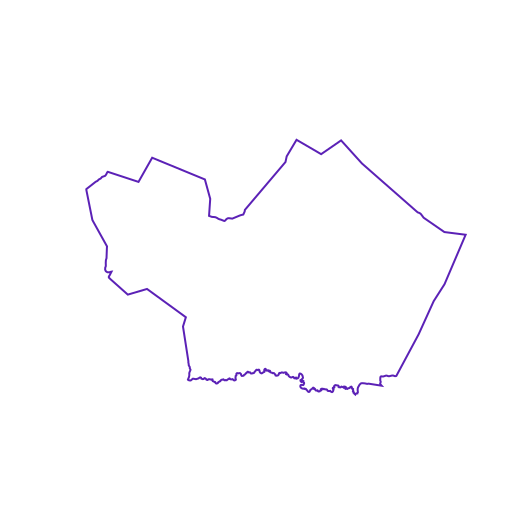 Funhalouro, Inhambane, Mozambique, rotated 296°
{"feature_id": "85939544B45831091528789", "entity_name": "Funhalouro", "entity_type": "district", "adm_level": 2, "iso_a3": "MOZ", "parent_name": "Mozambique", "parent_adm1": "Inhambane", "projection": "orthographic", "projection_center": [33.954, -22.935], "detail": "fine", "context": "isolated", "style": "outline", "palette": "violet", "viewbox_px": 512, "rotation_deg": 296, "n_neighbors": 0, "source": "geoboundaries", "source_scale": "gbopen_adm2", "svg_char_len": 6089}
<svg xmlns="http://www.w3.org/2000/svg" viewBox="0 0 512 512"><g transform="rotate(296 256 256)"><path d="M178.2,407.3L180.1,406.1L181.6,405.5L182.6,405.3L185.8,405.5L187.4,406.1L188.0,406.8L188.5,407.8L189.2,409.6L189.8,412.0L190.6,413.1L194.5,425.8L195.1,424.4L195.4,423.8L195.8,423.5L197.5,423.3L198.8,422.1L199.8,421.7L200.8,421.2L201.8,420.9L202.4,421.0L202.8,421.4L203.0,422.2L203.6,423.3L205.5,425.3L205.8,426.0L206.0,427.6L206.4,428.5L208.3,430.8L208.7,431.7L208.9,433.5L209.4,434.4L209.8,434.7L256.9,436.5L293.3,435.5L313.3,437.8L367.0,435.1L360.1,414.8L363.9,389.9L365.9,386.0L366.2,385.1L366.3,383.7L366.1,382.6L366.3,381.4L385.6,310.7L397.2,281.8L376.1,269.9L378.2,241.5L359.0,239.9L353.4,241.3L292.6,225.8L291.0,226.3L287.7,226.4L286.2,224.6L285.2,223.6L279.2,218.3L278.1,215.0L277.4,214.0L276.1,213.2L274.4,212.8L273.6,212.2L273.5,211.5L273.3,208.6L273.0,207.1L272.9,205.9L273.1,204.7L273.1,202.7L272.7,201.4L271.8,199.2L271.5,196.2L287.3,189.8L302.4,176.5L298.8,119.6L271.1,117.9L266.7,85.9L266.0,85.6L263.6,85.6L262.0,85.3L261.0,84.4L260.6,84.0L259.6,83.0L257.5,82.4L255.9,81.2L254.1,80.6L253.6,80.3L253.2,79.9L252.3,79.3L241.8,74.2L241.2,74.4L216.7,93.1L215.8,94.3L199.3,117.9L198.0,118.4L188.5,122.6L186.5,122.9L184.1,123.9L181.8,125.1L180.8,125.5L179.4,125.6L177.6,126.4L176.8,127.3L176.5,127.7L176.3,128.9L176.3,129.7L177.0,131.2L178.4,132.7L178.6,133.0L174.1,132.9L173.2,132.7L172.1,133.2L171.3,135.6L165.1,157.7L178.6,172.5L170.2,219.8L160.6,221.3L131.7,241.4L130.9,241.7L129.2,243.0L128.5,243.3L128.1,243.7L127.1,245.2L125.9,245.8L125.2,246.9L124.6,247.1L122.3,247.2L121.4,247.4L119.7,248.3L118.0,248.8L115.1,249.0L114.8,249.6L115.1,251.0L115.5,251.8L115.7,252.0L117.6,252.8L118.1,253.1L119.0,256.1L120.8,258.0L122.0,258.6L122.5,259.2L122.5,260.0L121.8,260.7L122.0,262.2L122.6,262.9L123.6,263.2L123.8,263.9L123.6,264.9L123.1,265.7L123.2,266.6L123.4,266.9L124.2,267.1L124.8,268.0L124.9,268.6L125.2,269.4L125.2,269.9L125.4,270.4L125.9,270.6L126.0,271.0L125.6,271.3L125.0,271.4L124.6,272.0L124.7,273.0L124.5,274.1L124.8,274.4L124.8,274.6L124.0,275.7L124.0,276.2L124.2,276.7L125.1,277.4L125.6,277.3L126.3,277.6L126.8,278.0L127.4,278.3L127.8,278.8L128.5,278.8L129.4,279.1L130.1,279.8L130.3,280.4L130.8,280.7L130.8,281.0L130.5,282.0L130.6,282.5L131.3,283.2L131.3,283.4L131.2,283.6L131.5,284.2L132.7,284.7L133.5,285.4L134.3,285.7L134.4,285.9L134.4,286.1L134.0,286.6L134.1,287.5L134.3,288.0L135.0,288.8L135.0,289.2L134.6,290.2L134.6,290.8L134.7,291.2L135.3,291.8L136.0,292.1L136.6,291.5L137.0,291.4L137.3,291.0L138.4,290.7L139.1,290.3L140.1,290.7L141.5,290.0L142.0,290.1L142.4,290.3L142.7,291.0L142.8,291.6L143.7,292.8L143.4,294.1L142.4,295.0L142.0,295.7L142.4,296.6L143.0,297.3L143.8,297.4L144.3,297.8L145.0,298.1L146.2,298.3L146.5,298.8L147.6,298.9L148.4,299.4L148.4,299.9L148.2,300.7L148.7,301.3L148.8,301.7L148.2,302.8L148.6,303.9L149.2,304.3L149.7,305.2L150.0,305.4L150.7,305.6L151.4,305.5L152.6,306.0L153.4,306.1L153.8,306.2L154.1,306.5L154.3,307.6L155.0,308.2L155.1,308.6L155.0,308.8L154.6,309.3L153.7,309.9L153.1,310.7L152.9,311.7L152.9,312.3L153.1,312.6L153.7,313.1L154.7,313.5L155.5,314.3L155.8,314.3L156.3,314.1L157.0,313.4L158.1,313.4L158.5,313.6L158.7,313.9L158.5,314.6L158.0,314.9L157.6,315.6L157.7,316.0L158.5,316.7L158.6,317.1L158.0,317.7L158.0,318.3L158.2,318.5L158.7,318.3L158.9,318.5L158.9,318.9L158.6,319.2L157.9,319.6L157.8,319.8L157.9,320.9L158.1,321.4L158.0,322.4L158.4,322.9L158.6,323.4L158.5,323.8L158.1,324.6L158.0,325.3L157.2,325.9L157.2,326.3L157.4,326.9L158.2,328.0L159.4,328.4L160.6,328.1L161.2,328.4L161.4,329.2L162.5,330.0L162.9,330.9L163.0,331.8L164.1,333.1L164.5,333.8L164.5,334.2L164.1,335.0L163.6,335.0L163.3,334.7L163.0,334.8L163.0,335.7L163.4,336.3L163.5,336.7L163.4,337.0L162.4,338.1L162.1,339.3L162.1,340.6L162.4,341.2L163.4,342.0L163.6,342.4L163.5,343.0L162.9,344.0L163.0,344.4L163.2,344.7L163.8,344.8L164.3,345.3L164.2,345.6L163.5,345.7L163.4,345.9L163.5,346.2L164.5,347.2L165.0,347.4L165.6,347.4L167.2,347.2L168.2,346.8L169.2,346.7L169.6,346.9L169.8,347.8L169.6,348.9L169.0,350.1L167.9,351.0L167.6,351.3L167.1,351.6L166.6,351.6L166.0,351.5L165.2,351.1L164.7,351.1L164.4,350.9L164.2,350.6L163.9,350.4L163.3,350.7L162.9,351.3L162.7,352.2L163.1,352.6L164.1,352.8L164.4,353.0L164.4,353.4L163.4,353.7L163.2,354.7L162.8,355.0L162.1,355.2L161.5,355.0L160.9,355.1L160.7,355.0L160.5,354.6L160.4,353.8L159.6,352.8L159.2,352.7L158.1,353.1L157.7,353.5L157.2,354.6L157.2,355.6L157.4,356.7L158.1,357.4L158.1,357.8L157.9,358.1L158.4,358.8L158.4,359.1L158.0,359.6L157.6,361.0L157.0,361.9L156.9,362.9L157.2,363.4L157.6,363.6L159.6,363.6L159.9,363.8L160.7,364.4L162.6,365.0L162.8,365.3L162.7,366.1L162.1,366.2L161.9,366.5L162.2,367.1L162.3,367.5L161.6,368.1L161.4,368.6L161.4,369.1L162.2,370.1L162.1,370.4L161.8,370.5L161.6,371.0L161.7,371.8L162.3,372.6L162.7,372.7L163.3,372.7L163.6,372.8L163.8,373.5L164.2,373.6L164.9,372.8L165.4,373.1L165.8,373.7L165.8,374.8L166.3,375.2L166.2,375.8L166.5,376.3L166.5,376.8L167.0,377.9L167.0,378.5L166.3,379.4L166.3,379.9L166.7,381.0L167.3,381.9L167.0,382.4L166.9,383.5L167.0,384.0L167.3,384.3L168.5,384.5L170.4,384.1L170.7,383.9L170.4,383.3L170.7,383.0L171.2,382.9L171.8,383.3L172.0,383.7L172.3,384.0L172.6,383.9L172.7,383.5L173.1,383.3L173.5,383.3L174.2,383.5L174.8,384.0L175.6,386.8L175.4,387.2L174.6,387.6L174.7,387.9L174.5,388.2L174.7,388.5L174.7,388.9L175.0,389.6L175.9,389.9L176.1,390.1L176.1,390.8L176.3,391.7L176.1,392.5L176.5,392.7L176.9,392.3L177.3,392.4L177.3,392.6L177.2,392.9L177.6,393.4L177.6,393.8L177.3,393.8L177.2,394.4L176.7,394.5L176.5,394.4L176.0,394.3L175.8,394.7L176.1,395.2L176.5,395.2L176.6,395.5L176.9,396.0L176.7,396.1L176.7,396.5L177.6,396.9L178.2,397.8L178.7,398.0L179.2,398.4L179.8,398.3L180.0,398.7L180.3,399.0L180.1,399.3L180.1,399.6L179.6,400.0L179.4,399.9L179.2,400.1L178.9,400.7L179.1,401.4L179.0,401.6L178.2,401.7L177.8,402.3L177.4,402.4L177.1,402.6L176.7,402.6L176.6,403.2L176.4,403.3L176.4,403.5L175.9,403.7L176.0,404.1L175.9,404.3L175.4,404.6L175.0,406.0L175.5,406.0L175.9,406.0L176.9,407.3L177.3,407.0L178.2,407.3Z" fill="none" stroke="#5b21b6" stroke-width="2"/></g></svg>